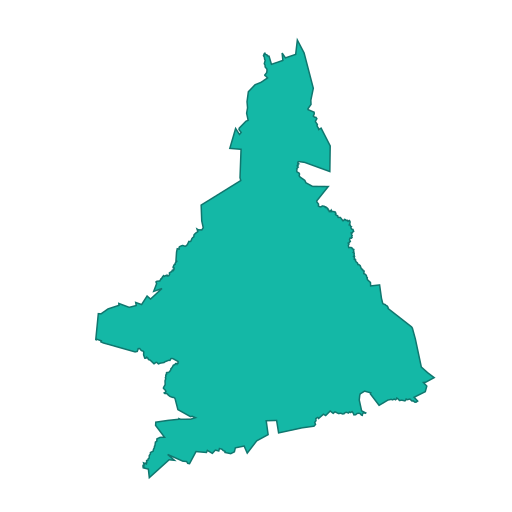 San Dimas, Durango, Mexico (orthographic projection), rotated 175°
{"feature_id": "50627088B11523678727998", "entity_name": "San Dimas", "entity_type": "district", "adm_level": 2, "iso_a3": "MEX", "parent_name": "Mexico", "parent_adm1": "Durango", "projection": "orthographic", "projection_center": [-105.745, 24.115], "detail": "fine", "context": "isolated", "style": "filled", "palette": "teal", "viewbox_px": 512, "rotation_deg": 175, "n_neighbors": 0, "source": "geoboundaries", "source_scale": "gbopen_adm2", "svg_char_len": 6054}
<svg xmlns="http://www.w3.org/2000/svg" viewBox="0 0 512 512"><g transform="rotate(175 256 256)"><path d="M107.2,171.8L128.7,191.9L129.0,192.3L128.9,193.3L129.7,194.8L131.0,195.6L131.6,196.4L133.5,197.2L133.9,197.9L134.7,202.9L135.4,216.4L144.4,216.2L144.3,219.7L146.9,222.5L147.3,223.8L147.0,224.7L147.5,225.1L147.8,227.1L148.9,228.4L150.2,229.1L149.6,231.5L150.3,231.7L150.9,233.1L151.3,233.1L151.5,233.8L152.2,234.2L153.1,237.4L154.5,238.6L155.2,238.6L155.6,240.3L156.8,241.5L157.3,242.5L157.1,243.4L158.3,244.1L157.9,244.8L158.3,245.3L158.3,246.3L158.0,246.6L158.7,247.1L158.0,247.5L158.2,248.5L157.9,250.4L158.9,251.0L158.1,252.2L158.4,252.9L158.0,254.0L159.4,254.8L159.5,255.5L160.5,256.2L162.9,256.3L163.1,258.7L162.4,259.6L163.0,260.8L161.7,261.2L161.6,262.0L160.8,262.3L161.4,264.1L161.2,264.8L160.6,265.7L159.5,265.4L158.7,266.1L159.1,266.8L158.4,268.0L158.9,268.7L159.1,270.7L158.1,270.6L157.6,271.5L156.6,272.0L157.1,274.0L158.3,274.4L158.9,275.6L158.9,276.6L158.5,276.9L159.2,277.4L159.4,278.6L160.4,278.9L159.5,280.6L159.3,281.8L159.7,283.0L160.0,283.3L161.3,282.5L162.1,283.7L163.1,283.5L163.7,284.4L164.7,284.8L165.5,283.7L166.3,283.5L168.6,287.0L170.8,287.3L171.2,289.1L172.0,289.3L173.1,290.3L173.2,290.7L172.7,291.1L173.1,292.8L173.6,292.7L174.3,293.4L176.4,293.7L176.9,294.9L177.5,293.6L177.8,293.7L177.8,294.7L179.1,293.9L179.6,295.5L180.2,295.8L180.1,296.6L180.8,296.9L180.7,297.4L181.8,298.5L182.5,298.3L182.7,299.0L183.5,299.1L183.7,299.6L185.7,300.1L186.3,299.5L187.8,299.3L189.5,300.3L189.2,302.3L190.6,304.4L190.7,305.6L178.0,318.9L193.6,320.4L199.9,324.6L200.8,327.1L205.3,330.9L206.0,332.1L205.5,333.9L205.9,334.9L207.7,336.1L208.1,337.0L207.6,339.0L207.8,339.5L206.2,340.9L207.0,341.7L207.0,342.7L206.7,342.9L206.4,342.5L206.1,342.8L206.2,344.1L205.4,344.2L206.3,345.2L205.7,346.3L204.8,346.3L199.3,345.0L175.1,333.7L172.5,359.2L180.0,377.7L182.5,376.5L182.8,378.1L183.6,379.6L183.8,381.0L183.4,381.7L185.0,384.4L185.0,385.2L183.4,387.5L184.3,389.0L185.5,389.1L186.7,390.4L185.6,392.5L185.6,394.2L191.4,397.3L191.4,398.2L188.0,402.2L187.8,406.4L184.3,418.1L190.4,454.1L196.0,467.5L198.9,453.4L209.4,450.8L212.3,455.9L212.2,448.5L223.9,445.6L225.6,453.9L227.2,454.4L227.1,454.8L227.7,455.5L229.0,456.0L229.5,457.3L229.9,457.1L230.6,456.1L230.4,455.5L231.1,454.9L230.3,453.2L230.3,451.4L229.8,450.1L231.0,446.8L230.3,445.2L230.4,443.5L229.0,441.5L228.8,440.4L229.3,437.8L231.5,435.5L231.4,435.0L230.9,434.8L229.0,432.4L236.0,428.5L242.0,426.7L249.3,420.3L251.5,410.5L251.5,404.3L252.9,399.1L252.0,391.9L254.3,391.1L261.6,384.8L261.9,383.3L260.0,380.4L261.9,378.5L265.2,384.8L272.7,365.5L261.6,363.6L265.1,335.4L264.6,332.5L306.2,311.5L307.0,295.8L306.1,288.8L307.7,286.7L311.2,287.1L312.4,288.0L311.8,285.3L314.2,284.0L315.9,282.5L316.3,280.4L317.4,279.9L318.4,278.8L319.5,276.6L320.4,276.1L321.6,276.4L323.2,273.6L324.3,272.5L325.7,271.8L328.1,272.9L329.5,272.6L331.4,271.9L331.8,271.4L332.0,269.6L333.8,270.1L334.8,266.9L336.2,257.9L335.5,257.9L335.4,257.5L336.7,256.5L337.4,255.3L337.3,254.7L338.3,254.4L339.6,252.1L339.5,251.5L338.7,251.4L338.6,251.0L339.1,249.4L339.8,249.4L339.9,248.7L340.7,249.0L341.4,247.7L342.6,247.4L343.8,246.6L343.6,245.5L344.5,244.0L345.6,243.8L346.2,244.6L346.4,244.0L347.7,244.4L349.1,243.7L349.7,244.5L350.9,243.5L351.0,242.7L351.6,242.5L352.1,241.5L352.6,241.6L354.0,239.5L356.9,239.5L357.9,238.9L357.4,237.1L361.0,229.7L352.5,231.8L364.8,222.3L368.0,225.6L374.2,217.6L379.9,220.2L379.6,217.1L386.8,215.9L396.8,220.7L396.8,218.8L408.0,216.2L415.4,211.9L418.1,212.3L422.9,186.7L422.5,186.5L422.4,187.2L417.5,185.0L418.0,184.0L415.7,182.7L384.8,171.0L382.6,171.3L381.4,174.0L379.9,174.0L379.2,172.7L378.1,171.6L376.9,171.2L376.2,170.3L376.6,167.3L375.7,163.9L374.7,163.8L373.9,164.5L373.9,164.1L372.8,163.9L372.1,162.2L370.5,161.5L367.0,157.5L364.8,158.8L364.0,158.6L362.6,157.0L360.7,157.6L356.9,157.9L356.1,158.5L352.2,159.7L350.8,159.5L349.8,161.1L349.3,161.3L347.7,161.0L342.8,157.7L343.1,155.8L343.9,155.8L344.1,155.4L344.2,155.7L345.4,155.9L346.5,154.7L347.8,154.5L349.3,152.2L350.6,151.1L350.7,150.2L352.1,148.4L353.3,147.6L355.0,147.7L355.5,147.2L355.4,145.9L356.3,145.3L356.3,143.8L356.9,142.6L356.6,141.6L357.5,139.6L357.7,135.8L359.6,133.0L359.7,132.1L358.4,130.8L357.5,129.0L357.8,128.4L359.4,127.6L358.9,127.0L357.0,126.7L356.1,126.1L355.8,125.4L353.9,123.6L351.4,122.4L350.3,122.3L349.1,121.2L347.2,109.8L335.3,101.7L333.5,101.9L330.4,100.2L335.4,99.1L345.3,99.9L346.8,100.6L346.7,100.1L358.2,99.9L370.3,99.2L370.8,96.0L362.9,83.4L367.3,83.7L370.6,82.5L371.0,80.1L372.4,79.4L373.2,75.8L373.7,75.4L374.1,73.6L375.0,72.4L375.4,70.6L378.3,69.4L378.5,67.8L379.7,66.6L380.0,64.1L381.2,63.2L381.5,62.0L382.8,61.8L382.8,60.0L383.3,59.9L383.1,59.1L383.3,58.4L386.0,59.7L385.6,57.6L386.8,57.3L386.8,56.5L386.2,55.8L386.9,55.7L386.8,54.8L381.8,53.1L381.6,44.5L360.3,60.6L355.1,59.6L361.3,66.0L346.8,58.0L343.0,57.3L342.1,55.4L340.3,54.9L332.8,66.4L322.5,64.6L321.4,66.6L316.7,63.2L313.4,66.2L310.1,65.0L309.2,67.4L306.8,66.5L305.7,65.1L303.8,64.0L304.0,63.0L298.4,61.3L294.6,62.8L293.3,66.7L284.4,67.7L281.9,60.4L271.4,71.8L259.5,77.0L260.2,91.0L249.8,90.4L248.9,77.8L225.3,80.8L213.1,81.4L211.4,83.0L212.0,85.1L210.6,86.7L210.6,88.8L208.8,89.8L208.2,89.6L207.8,88.7L202.6,92.5L200.5,91.0L195.6,95.1L192.8,92.5L190.9,93.9L187.4,91.8L185.3,92.0L183.5,91.1L182.0,91.2L181.6,91.8L179.8,92.5L177.5,91.5L176.6,92.5L175.4,91.8L173.9,92.6L172.8,90.9L172.3,89.2L170.5,89.2L169.1,90.3L167.2,90.4L165.9,89.9L164.9,88.4L164.0,88.0L163.6,89.4L162.8,90.3L161.9,90.3L160.8,89.8L160.4,90.1L164.3,92.6L165.7,103.6L164.8,108.2L164.2,109.6L159.6,111.9L153.6,109.7L154.1,108.7L146.4,96.5L137.1,101.0L133.9,101.4L132.5,100.8L130.8,101.4L129.5,100.6L128.5,101.4L128.1,102.2L126.5,100.8L125.7,99.5L123.4,99.7L120.3,98.7L119.6,99.1L118.9,100.4L117.8,99.7L115.2,100.1L113.2,97.9L112.0,98.0L110.6,96.6L109.4,96.4L107.6,97.4L110.8,101.5L99.2,106.1L97.2,111.5L100.2,115.4L97.9,115.5L89.1,119.3L95.2,124.8L101.0,131.0L104.5,159.5L106.5,170.5L107.2,171.8Z" fill="#14b8a6" stroke="#0f766e" stroke-width="1.5"/></g></svg>